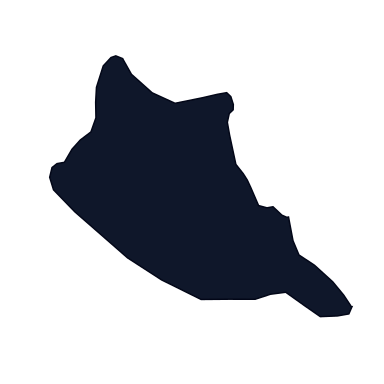 an SVG outline of Češinovo-Obleševo, rotated 350°
{"feature_id": "MKD-2925", "entity_name": "Češinovo-Obleševo", "entity_type": "Statistical Region", "adm_level": 1, "iso_a3": "MKD", "parent_name": "North Macedonia", "parent_adm1": "", "projection": "albers", "projection_center": [22.298, 41.869], "detail": "fine", "context": "isolated", "style": "filled", "palette": "ink", "viewbox_px": 384, "rotation_deg": 350, "n_neighbors": 0, "source": "natural_earth", "source_scale": "10m", "svg_char_len": 861}
<svg xmlns="http://www.w3.org/2000/svg" viewBox="0 0 384 384"><g transform="rotate(350 192 192)"><path d="M140.6,44.7L146.9,48.6L147.2,49.7L152.8,65.6L170.0,87.4L190.7,101.7L218.7,101.0L233.9,100.2L243.4,100.2L246.8,104.8L247.9,113.0L246.8,118.2L242.3,121.2L238.9,129.5L238.9,142.3L240.0,172.4L245.7,183.0L248.5,189.8L250.7,198.0L255.2,216.9L263.1,220.6L269.2,220.6L276.5,230.4L281.0,233.4L282.7,233.4L283.0,257.5L286.4,272.6L299.9,285.4L315.0,304.9L323.5,319.9L329.1,332.8L329.6,332.8L325.3,339.3L313.8,339.3L296.7,337.0L283.5,323.9L266.9,307.0L251.5,306.3L235.5,308.6L209.8,304.0L182.3,299.4L146.8,273.3L117.1,245.7L103.6,228.9L73.2,191.2L56.0,165.8L54.4,152.8L58.4,143.6L64.0,140.6L71.5,140.6L81.3,129.0L91.0,121.4L102.9,115.3L110.3,102.2L112.7,86.9L116.1,72.3L126.5,52.4L135.6,45.5L140.6,44.7Z" fill="#0f172a" stroke="#020617" stroke-width="1.5"/></g></svg>